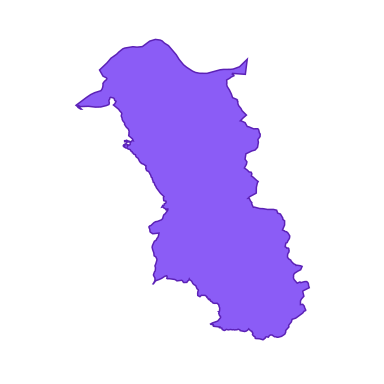 the district of Branisca, Hunedoara, Romania, rotated 172°
{"feature_id": "2599482B69726468396630", "entity_name": "Branisca", "entity_type": "district", "adm_level": 2, "iso_a3": "ROU", "parent_name": "Romania", "parent_adm1": "Hunedoara", "projection": "equal_earth", "projection_center": [22.77, 45.979], "detail": "fine", "context": "isolated", "style": "filled", "palette": "violet", "viewbox_px": 384, "rotation_deg": 172, "n_neighbors": 0, "source": "geoboundaries", "source_scale": "gbopen_adm2", "svg_char_len": 6007}
<svg xmlns="http://www.w3.org/2000/svg" viewBox="0 0 384 384"><g transform="rotate(172 192 192)"><path d="M266.6,325.7L264.0,319.1L260.9,317.0L260.5,316.3L261.0,315.2L263.3,313.8L265.1,311.9L265.2,310.4L265.8,308.3L266.7,306.5L268.1,305.0L274.6,303.9L278.7,302.6L283.4,300.3L294.8,294.0L293.5,292.6L293.1,291.6L290.7,289.6L290.0,289.5L291.9,291.6L292.6,293.2L292.3,293.4L290.6,292.1L282.7,291.3L275.8,289.5L270.5,288.9L264.8,289.5L262.1,290.2L261.5,291.6L261.6,294.4L260.9,294.9L260.1,296.8L259.4,297.1L256.6,296.0L255.9,295.1L256.0,294.3L255.7,293.3L254.7,292.6L254.6,292.3L256.2,290.1L257.7,289.1L253.0,284.0L252.4,282.6L250.8,280.3L250.6,279.3L251.4,277.6L251.5,276.9L251.0,275.1L251.0,273.4L250.5,271.9L249.3,270.0L249.1,269.4L249.4,268.4L248.9,267.2L247.9,265.1L246.5,263.5L246.1,262.4L245.8,260.4L246.3,259.2L246.2,258.2L246.8,257.2L246.8,256.5L243.6,252.9L243.1,251.0L243.9,251.4L245.6,250.0L246.6,250.9L247.3,251.0L249.7,252.4L250.2,252.1L251.6,252.2L251.7,251.2L250.7,251.1L250.1,250.4L249.3,250.4L249.6,250.9L248.9,250.9L248.1,250.4L246.5,250.3L246.3,249.8L246.6,247.7L247.3,247.2L248.1,247.5L248.5,247.3L249.5,246.1L249.7,246.6L249.4,247.9L250.5,249.1L251.7,248.7L251.7,248.2L251.8,248.0L252.3,248.5L252.9,248.2L252.8,247.8L253.2,248.0L253.5,247.6L252.8,246.9L252.4,246.0L252.8,246.0L251.4,244.8L250.4,244.6L249.3,243.5L247.2,242.5L246.9,241.2L245.6,240.1L245.6,239.2L244.9,238.8L244.5,237.7L242.8,236.8L242.8,235.7L242.3,234.4L240.7,232.9L239.7,229.8L239.0,228.5L238.4,228.0L238.2,227.4L235.8,226.0L234.7,224.9L234.0,224.5L234.2,223.8L234.1,223.0L234.5,221.7L234.1,221.2L234.3,220.6L233.9,219.5L232.1,218.3L231.4,216.8L231.3,216.0L230.7,215.0L230.2,212.2L229.4,211.4L229.5,209.9L229.2,209.3L229.0,207.0L228.2,206.7L227.8,204.1L227.0,202.6L226.7,201.2L223.3,195.0L220.4,191.4L221.1,190.4L221.2,187.4L219.0,186.4L219.2,185.1L219.8,184.5L221.0,184.3L221.6,182.8L222.1,182.5L222.8,182.8L224.0,181.2L223.0,181.3L221.9,179.9L221.0,179.4L220.1,177.8L219.8,177.8L219.1,178.8L218.2,178.5L218.7,177.1L221.7,174.1L222.9,173.5L223.7,172.3L224.8,169.7L226.2,168.7L230.2,167.7L232.1,167.7L233.9,167.0L237.4,164.5L238.6,164.3L239.5,163.5L239.5,162.8L239.0,160.9L239.1,158.9L238.9,158.1L236.7,156.1L230.4,155.9L231.5,152.9L232.1,151.9L233.1,151.0L234.3,149.2L236.1,148.5L238.6,144.5L239.2,142.9L239.0,140.4L238.3,137.1L238.4,134.1L236.9,132.8L236.2,130.8L236.2,129.6L237.8,126.0L239.0,124.0L238.7,122.0L239.4,119.0L240.2,118.3L241.7,115.4L241.7,114.7L240.7,112.1L240.9,109.8L242.2,107.7L243.3,106.5L243.0,106.4L240.7,108.8L239.8,109.3L236.8,109.9L234.1,110.7L230.7,112.3L228.7,112.6L228.4,111.3L229.0,110.0L228.6,109.6L226.5,109.3L221.3,107.8L220.6,107.4L219.3,106.1L214.5,106.0L213.7,105.3L213.3,104.1L212.8,103.5L209.7,103.2L208.7,104.4L207.5,105.0L206.8,106.3L206.5,105.5L204.8,103.8L203.9,101.3L203.0,100.1L201.3,98.7L200.5,95.5L199.5,94.5L199.4,93.6L199.9,92.9L200.5,90.9L200.7,88.7L198.7,87.2L197.1,88.4L193.4,87.8L191.8,86.2L192.0,85.8L191.8,85.4L190.8,84.3L190.7,83.6L189.9,83.6L189.9,82.9L189.1,82.9L189.2,82.3L188.6,81.2L187.9,80.9L186.6,79.1L185.2,78.6L182.5,78.3L181.7,77.1L181.3,76.9L181.1,74.9L180.7,73.3L181.3,70.3L181.7,69.9L182.3,69.8L182.0,69.5L181.9,68.9L182.4,68.2L181.9,65.6L181.1,65.0L181.2,63.6L184.5,60.6L190.0,59.5L192.0,58.7L191.8,58.3L189.5,57.8L189.3,57.0L189.7,56.6L189.3,56.0L183.4,54.5L183.8,54.1L183.8,53.9L181.4,53.0L181.2,51.6L179.4,50.4L178.5,50.5L177.2,51.2L175.2,50.4L173.0,50.5L171.2,49.9L169.9,49.9L168.9,49.4L168.0,49.5L166.7,49.3L165.4,49.7L163.8,48.9L163.6,48.0L159.2,46.5L157.4,46.8L155.6,47.8L154.9,48.6L153.3,46.4L152.2,45.8L152.2,45.2L151.7,44.8L151.4,43.5L151.9,42.8L151.9,42.2L150.9,40.7L149.8,39.8L149.7,38.3L149.2,38.0L145.6,37.3L142.3,35.8L141.3,36.1L140.8,36.8L139.8,37.1L139.4,38.0L138.3,38.3L136.6,37.6L135.4,39.0L134.2,39.5L132.6,39.2L130.5,37.2L128.9,36.9L128.0,36.3L126.6,36.2L123.4,36.6L119.9,38.3L118.7,40.2L118.5,41.8L114.8,44.9L114.9,46.2L114.4,47.0L111.7,49.5L110.6,52.0L107.0,52.6L106.1,53.0L99.1,56.8L97.7,58.3L96.0,58.8L95.8,59.2L96.6,61.9L96.7,63.3L98.0,65.4L100.3,65.4L99.7,69.2L98.4,70.9L95.7,73.2L96.2,78.0L95.7,78.7L89.2,80.9L89.6,83.3L89.5,84.7L89.8,86.0L90.8,87.3L91.2,87.4L92.9,87.6L96.9,87.1L97.6,87.9L100.5,87.1L102.9,90.8L103.3,91.7L103.5,93.0L103.2,94.0L103.1,95.2L102.6,96.4L101.4,97.4L98.4,98.8L95.2,99.9L93.3,103.0L94.9,103.9L98.3,104.9L99.2,104.8L99.4,105.5L101.2,106.7L102.7,108.6L103.5,110.0L103.7,110.8L105.6,112.4L106.5,114.2L106.1,116.5L105.6,117.7L104.4,119.0L104.0,120.3L104.1,122.6L104.7,123.2L105.9,123.2L106.2,123.9L107.4,124.8L106.2,128.3L104.8,128.7L103.7,130.5L102.5,131.8L101.8,132.9L101.3,134.9L102.7,138.1L103.9,139.5L105.4,140.0L105.8,140.6L107.7,141.8L104.9,146.4L104.3,150.6L105.9,152.3L105.7,153.5L107.5,157.9L110.1,159.2L110.7,162.2L113.7,163.4L119.6,164.2L123.9,165.6L127.2,166.2L132.4,168.4L133.4,168.3L134.3,171.1L134.5,172.2L134.2,173.1L135.3,174.9L136.1,177.5L136.5,177.8L137.4,177.9L135.6,179.3L128.5,182.0L127.6,187.7L126.0,191.9L125.0,193.2L126.2,194.3L129.3,198.1L131.0,199.6L130.2,201.6L130.6,203.3L132.8,204.0L134.0,205.8L136.8,208.5L134.3,211.8L133.4,214.2L134.9,217.1L133.3,222.3L127.1,224.3L123.6,224.8L120.9,227.1L119.3,232.1L119.5,234.7L116.9,237.4L116.4,239.9L117.0,241.0L117.3,244.2L118.0,245.5L122.2,246.0L126.6,248.6L128.2,249.2L129.8,253.3L133.2,255.5L134.2,255.8L131.1,258.2L127.4,260.6L131.1,265.5L131.9,267.9L133.7,270.9L134.2,272.6L134.2,274.9L134.0,275.3L134.5,276.1L134.2,276.7L134.7,277.4L138.7,279.8L139.4,283.6L140.7,287.7L142.5,291.7L142.7,294.2L142.3,294.8L142.1,298.1L138.6,299.5L137.4,300.3L134.3,301.3L134.6,302.4L135.7,303.0L135.4,303.8L122.8,301.1L118.8,315.8L127.5,309.4L134.1,308.0L136.9,308.1L143.7,309.0L147.2,309.1L160.6,307.4L167.9,308.5L171.9,309.9L174.6,311.6L180.0,316.3L182.7,319.2L186.3,325.1L188.5,330.1L194.9,340.2L198.5,343.2L200.6,345.8L202.4,346.9L207.0,348.2L212.9,347.3L220.9,342.9L226.3,343.1L230.3,344.1L238.6,343.9L240.6,343.4L244.7,341.0L247.5,338.9L253.6,335.8L258.2,331.7L266.6,325.7Z" fill="#8b5cf6" stroke="#5b21b6" stroke-width="1.5"/></g></svg>